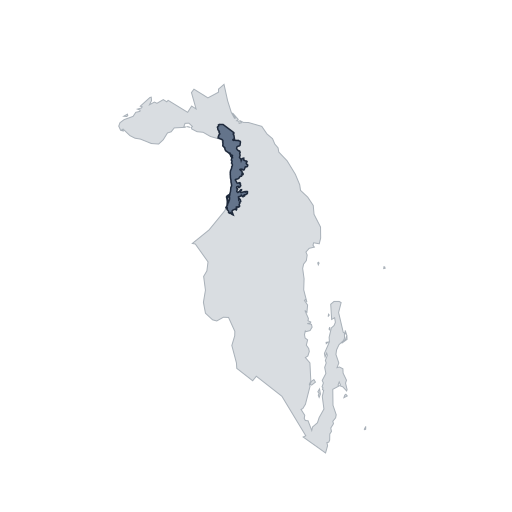 Mexico, with Veracruz highlighted, rotated 214°
{"feature_id": "MEX-2734", "entity_name": "Veracruz", "entity_type": "State", "adm_level": 1, "iso_a3": "MEX", "parent_name": "Mexico", "parent_adm1": "", "projection": "albers", "projection_center": [-96.92, 19.815], "detail": "fine", "context": "in_parent", "style": "filled", "palette": "slate", "viewbox_px": 512, "rotation_deg": 214, "n_neighbors": 0, "source": "natural_earth", "source_scale": "10m", "svg_char_len": 9602}
<svg xmlns="http://www.w3.org/2000/svg" viewBox="0 0 512 512"><g transform="rotate(214 256 256)"><path d="M88.2,131.6L115.7,132.3L114.2,134.8L156.1,154.2L188.5,156.5L189.0,150.7L209.1,152.1L212.4,156.4L226.0,168.3L229.0,177.9L231.4,181.7L244.4,189.7L248.8,187.0L252.2,180.2L256.3,178.8L265.9,180.3L273.7,188.2L278.8,199.4L288.0,209.8L288.4,216.2L292.5,224.3L313.0,232.0L315.8,230.8L309.5,251.4L307.2,276.2L308.2,281.5L313.6,288.7L312.5,292.5L312.8,288.7L308.3,282.6L309.7,288.2L315.2,299.9L324.2,311.1L326.3,318.0L332.7,325.1L331.0,324.9L334.6,326.6L333.5,325.5L340.2,326.4L345.0,328.8L349.3,333.3L360.6,329.6L369.0,329.0L374.4,326.1L380.3,325.4L381.5,326.4L381.1,327.8L385.9,328.6L389.0,326.3L388.1,322.7L386.5,323.6L386.9,322.9L395.4,316.5L395.8,311.5L398.2,308.5L397.9,300.5L399.3,294.4L405.7,290.7L417.2,288.3L422.2,286.0L427.8,285.3L437.2,286.9L437.8,285.5L435.4,285.6L438.5,284.5L442.4,286.9L443.3,290.4L441.6,295.3L436.0,303.0L436.0,307.9L433.1,311.0L433.7,312.1L436.4,311.5L433.7,314.7L433.8,316.0L435.7,315.5L432.6,328.0L431.7,329.1L429.5,326.4L428.9,321.8L426.3,326.8L423.5,327.2L420.3,333.8L416.2,333.9L415.9,335.9L393.0,336.9L393.2,344.3L387.9,344.4L400.9,355.4L400.7,359.6L384.3,360.2L378.7,370.8L380.4,373.4L378.5,380.4L366.3,368.8L356.6,361.1L350.8,358.1L350.1,358.9L355.6,361.5L347.1,359.3L347.7,357.3L345.5,358.2L344.1,356.5L342.6,358.3L345.4,359.2L341.1,359.7L337.0,362.4L323.7,366.7L315.1,363.3L307.9,362.5L303.0,359.3L298.2,358.0L295.2,354.9L283.4,352.3L269.0,345.7L259.6,339.5L255.8,335.3L246.0,333.7L236.8,329.9L231.2,323.0L218.7,316.1L212.4,307.0L210.4,301.5L215.6,299.2L214.8,296.8L212.6,296.0L216.2,292.1L216.8,287.2L214.1,285.4L211.7,280.3L212.0,275.9L210.4,271.8L203.4,264.0L197.5,254.6L188.0,246.2L190.7,247.8L191.0,246.2L185.8,244.2L182.3,237.8L185.0,238.2L177.6,233.5L176.7,231.4L173.7,231.9L173.3,231.0L175.7,228.7L171.8,230.3L169.7,228.4L169.5,224.4L172.5,221.0L173.4,221.8L171.8,217.9L169.5,215.5L166.3,215.3L164.4,210.2L160.6,208.8L158.4,206.6L157.1,202.1L158.3,199.4L151.5,197.5L140.5,182.8L140.1,179.5L138.4,178.3L132.1,160.7L131.9,155.6L132.9,154.0L126.5,151.2L125.2,148.3L123.1,147.2L120.7,148.5L112.2,142.5L113.5,145.9L111.8,152.1L113.3,157.4L114.1,167.1L122.4,176.5L124.8,182.5L126.2,182.4L126.8,184.2L128.1,184.5L129.1,188.4L131.5,189.8L132.4,197.7L136.8,202.1L138.0,206.6L140.1,208.2L141.3,213.6L143.1,215.0L142.3,211.0L144.8,213.5L147.1,225.8L149.9,229.5L153.3,238.4L152.4,242.0L153.1,245.4L156.3,248.8L157.8,245.7L167.1,257.8L165.9,262.0L161.7,264.8L159.4,265.0L155.9,255.3L141.0,241.5L139.6,241.6L136.7,237.4L136.2,234.7L137.6,228.9L136.7,223.2L134.7,219.1L127.5,213.6L126.4,208.7L124.8,210.6L120.9,211.1L118.3,207.6L111.5,203.6L110.7,200.7L105.8,196.2L105.4,194.8L110.8,196.1L114.1,195.3L114.0,196.5L116.6,198.1L115.8,194.8L114.6,194.5L117.8,188.4L108.7,175.3L100.7,169.2L99.5,166.4L99.9,161.9L98.0,160.3L97.8,155.2L95.3,152.7L95.3,149.7L92.0,144.6L91.6,142.3L92.9,141.0L90.6,138.8L88.2,131.6ZM140.0,182.9L138.9,185.9L136.2,184.7L137.7,180.1L139.4,179.8L140.0,182.9ZM129.0,181.3L125.4,177.6L124.6,174.1L126.5,175.4L126.8,177.3L128.8,178.0L129.0,181.3ZM441.9,301.7L440.8,300.7L441.2,299.3L443.8,297.9L441.9,301.7ZM136.5,241.3L133.9,237.8L136.2,231.5L135.2,237.2L136.5,241.3ZM104.2,191.6L102.1,191.0L103.9,187.7L104.6,190.3L104.2,191.6ZM69.7,176.1L68.2,173.7L68.7,172.8L69.3,172.9L69.7,176.1ZM138.9,241.6L140.4,244.2L137.0,241.5L138.9,241.6ZM201.0,284.8L200.6,285.8L199.7,285.3L199.4,283.5L201.0,284.8ZM154.6,236.3L155.1,238.3L153.4,235.6L154.6,236.3ZM148.7,222.6L149.6,223.6L147.9,225.2L148.7,222.6ZM143.9,318.7L143.1,318.9L142.1,318.0L143.1,317.0L143.9,318.7ZM384.3,325.3L382.3,325.9L385.7,324.6L384.3,325.3ZM163.3,248.3L162.3,248.0L162.3,246.1L163.3,248.3Z" fill="#d9dde1" stroke="#a8b0b8" stroke-width="1"/><path d="M308.0,279.3L308.1,279.6L308.1,281.2L308.2,281.7L310.0,285.1L311.3,286.6L312.3,287.4L312.4,287.6L313.3,288.2L313.6,288.7L313.6,289.3L313.2,290.6L312.6,291.6L312.4,292.5L312.2,291.6L311.7,290.4L312.4,289.8L312.6,289.8L312.9,289.5L313.0,289.0L312.9,288.8L311.5,287.7L311.4,287.4L310.7,286.7L310.1,285.9L309.8,285.6L309.4,284.1L309.1,283.9L308.0,281.7L308.0,282.0L308.7,283.6L308.8,285.2L309.1,286.1L309.3,287.2L309.4,287.7L310.4,289.5L310.6,289.7L311.0,289.8L311.4,289.6L311.5,289.8L311.4,290.6L311.4,290.8L312.2,292.7L312.4,292.8L312.5,292.9L312.6,293.4L313.3,295.4L315.1,298.6L315.3,299.3L315.1,299.6L315.6,300.8L317.1,302.5L318.2,303.4L318.4,303.9L318.6,304.2L319.8,305.5L320.8,306.4L321.1,306.9L321.5,307.3L321.9,308.0L322.8,309.0L323.6,310.3L324.2,311.1L324.9,312.7L325.0,313.9L325.4,315.4L326.0,316.2L326.1,316.4L325.9,316.7L326.0,316.9L326.3,318.1L326.5,318.4L328.0,319.5L328.3,319.4L328.4,319.6L328.8,321.0L329.2,321.5L329.4,321.6L330.2,321.7L330.7,323.3L331.2,324.1L331.9,324.7L332.6,324.9L333.1,325.1L333.1,325.6L332.2,325.0L331.5,324.8L331.0,324.3L330.7,324.2L330.5,324.4L330.8,324.6L331.4,324.9L331.6,325.2L332.4,325.8L332.2,325.9L331.6,325.7L331.5,325.8L331.7,326.2L331.8,326.2L332.2,326.2L332.5,326.0L332.5,325.9L332.8,325.9L334.4,326.3L335.2,326.8L335.4,326.7L334.9,326.3L334.0,326.1L333.4,325.7L333.3,325.1L334.2,325.8L335.2,326.1L336.3,326.3L340.1,326.3L341.8,327.5L342.0,327.7L342.2,328.2L342.5,328.3L344.9,328.7L345.2,328.8L346.1,330.6L347.2,331.8L347.8,333.0L348.3,333.3L349.2,333.6L350.2,333.4L350.6,333.3L352.5,333.0L353.4,332.7L353.5,333.2L353.9,333.4L353.9,334.0L354.1,334.3L354.0,334.5L354.2,334.8L354.3,335.2L354.5,335.5L354.2,336.1L354.2,337.0L354.4,337.2L354.7,337.2L354.9,337.4L355.5,337.6L355.8,337.9L356.0,338.6L356.5,338.7L356.9,338.8L357.0,338.9L357.1,339.2L357.9,339.3L358.5,339.7L358.9,340.2L359.4,340.8L360.0,341.1L360.1,341.3L359.7,343.0L359.8,343.2L360.0,343.4L360.4,343.6L360.1,344.4L359.9,344.6L356.9,346.6L343.5,345.9L343.1,345.7L342.8,344.8L343.0,344.7L342.9,344.6L342.9,344.3L342.7,344.0L341.7,343.6L339.4,341.1L339.6,340.5L340.0,340.3L340.2,339.4L340.0,339.2L339.6,339.2L339.5,339.3L339.6,339.5L339.1,339.4L338.8,340.0L338.2,340.1L338.1,340.4L337.2,340.5L336.6,341.1L336.3,341.1L335.7,341.5L335.6,341.8L335.3,341.9L335.1,342.0L334.3,341.9L333.5,342.3L333.0,342.1L332.6,341.8L331.2,338.9L331.2,338.6L331.4,338.0L332.3,336.9L332.6,336.4L332.8,335.7L332.3,334.5L332.1,334.1L330.4,333.5L330.1,333.6L329.0,333.5L328.7,333.8L328.3,333.9L328.0,333.7L327.9,333.6L327.9,333.4L327.5,333.3L327.1,333.1L326.9,332.0L326.8,331.8L326.4,331.4L325.9,331.0L325.5,330.6L325.3,330.1L324.9,328.6L324.7,328.4L324.4,328.3L323.0,327.9L322.5,327.7L321.7,326.9L322.0,328.2L322.1,328.7L321.9,329.1L321.7,329.4L320.9,330.3L320.2,329.4L320.1,328.7L317.8,328.9L317.0,329.4L316.8,329.3L316.4,329.4L316.2,329.3L316.1,329.1L316.3,328.5L316.3,328.3L316.0,327.9L315.9,327.4L315.8,327.2L315.1,327.0L314.9,326.8L314.7,326.8L314.1,327.0L313.7,326.8L313.4,326.2L313.2,325.4L313.4,325.0L313.8,324.7L314.0,324.3L314.7,324.0L314.1,321.1L314.1,320.7L314.2,320.4L314.8,320.3L315.4,320.0L316.1,320.2L316.5,319.8L316.8,319.8L317.0,319.7L317.7,318.8L317.7,318.7L316.9,318.4L316.6,318.3L316.1,318.5L315.4,318.3L314.9,318.2L314.7,318.1L314.1,317.3L313.6,317.4L313.2,317.0L312.7,317.0L312.5,316.9L312.4,316.6L312.5,316.6L313.2,316.5L313.4,316.4L313.5,316.2L313.4,315.9L313.0,315.6L313.1,315.3L312.6,314.9L312.7,314.0L312.9,313.8L313.1,313.7L313.5,313.4L313.7,312.7L313.7,311.9L313.7,310.7L314.3,309.6L315.6,308.3L315.8,307.7L315.6,307.4L314.6,307.0L313.8,306.6L312.8,305.9L312.5,305.9L311.7,306.2L311.4,306.7L311.0,307.2L310.7,307.6L310.3,307.8L310.1,307.6L310.0,306.9L309.8,306.8L309.1,307.0L309.0,306.8L308.7,306.2L307.9,305.7L308.1,304.9L308.0,304.6L308.0,304.1L307.9,303.6L308.0,303.5L308.5,303.5L308.9,303.2L309.4,303.7L309.6,303.8L309.8,303.8L310.6,302.7L310.6,302.3L310.2,301.6L309.5,301.3L308.8,301.4L308.6,301.3L308.6,301.1L308.9,300.8L308.4,299.9L308.3,299.0L307.9,298.6L307.1,298.6L306.7,298.4L306.6,298.5L306.4,298.7L306.4,299.3L306.0,299.5L305.9,300.2L305.6,300.3L305.8,300.8L305.8,301.8L305.6,302.5L305.1,302.9L304.8,302.4L304.8,302.2L305.1,301.6L305.1,301.4L304.9,301.1L304.9,300.6L304.8,300.4L304.4,300.4L304.2,300.1L303.8,300.2L303.4,300.6L302.7,301.6L301.0,303.5L300.8,303.5L300.5,303.1L300.3,303.3L300.1,303.9L299.8,304.4L299.3,304.6L298.9,304.5L298.5,303.6L298.1,303.0L298.1,302.7L298.6,302.2L298.7,301.3L298.9,301.0L299.8,300.3L300.0,299.9L300.0,299.4L299.9,299.4L299.4,299.6L299.2,299.6L299.1,299.4L299.2,299.1L300.0,298.9L300.1,298.3L299.9,297.9L300.3,297.7L300.7,297.7L302.0,298.3L302.3,298.3L302.2,297.3L302.3,296.9L303.1,295.9L303.3,295.8L303.6,295.1L303.2,294.8L303.1,294.6L302.8,294.5L302.6,294.1L302.1,294.4L301.8,294.4L301.7,294.2L301.9,293.5L301.8,292.9L301.7,292.8L301.6,293.3L301.4,293.6L300.8,294.0L300.6,294.0L300.2,293.7L299.5,293.0L299.2,292.8L299.1,292.6L299.2,292.2L299.8,291.4L298.9,290.8L298.9,289.8L298.7,289.1L297.7,288.5L297.4,288.0L297.6,287.7L297.5,287.3L297.6,287.0L297.8,286.8L298.3,286.9L298.4,286.7L298.4,286.4L298.6,286.4L298.9,286.4L299.4,286.0L299.7,285.5L299.6,285.4L299.3,285.2L299.2,284.8L298.7,284.8L298.4,284.4L298.3,284.1L298.6,284.0L298.5,283.8L298.8,283.5L298.8,283.4L298.3,283.5L298.1,283.5L298.1,283.1L298.7,283.2L298.9,283.1L299.4,283.2L299.6,283.0L300.1,282.3L300.9,280.9L301.0,280.3L301.0,280.0L300.9,279.6L300.7,279.4L297.8,277.3L299.0,277.1L299.6,277.1L299.8,277.3L299.9,277.2L300.4,277.4L300.7,277.2L300.9,277.6L301.1,277.5L301.5,277.6L301.8,276.7L302.3,276.8L302.9,276.6L303.1,276.7L303.3,277.3L304.2,278.0L305.8,278.3L306.4,278.7L306.6,278.9L306.3,279.2L306.4,279.4L307.0,280.0L307.3,279.7L308.0,279.3ZM309.5,285.7L310.1,286.2L310.0,286.4L309.7,286.3L309.4,285.9L309.2,285.3L309.1,284.7L309.3,284.9L309.5,285.7Z" fill="#64748b" stroke="#1e293b" stroke-width="1.5"/></g></svg>